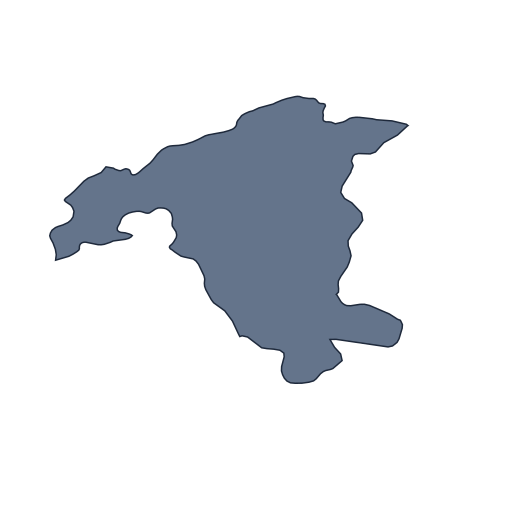 outline of Loja, rotated 249°
{"feature_id": "ECU-1268", "entity_name": "Loja", "entity_type": "Province", "adm_level": 1, "iso_a3": "ECU", "parent_name": "Ecuador", "parent_adm1": "", "projection": "equal_earth", "projection_center": [-79.576, -4.049], "detail": "fine", "context": "isolated", "style": "filled", "palette": "slate", "viewbox_px": 512, "rotation_deg": 249, "n_neighbors": 0, "source": "natural_earth", "source_scale": "10m", "svg_char_len": 3480}
<svg xmlns="http://www.w3.org/2000/svg" viewBox="0 0 512 512"><g transform="rotate(249 256 256)"><path d="M155.4,247.2L159.5,244.5L162.7,239.1L165.6,233.0L168.3,228.4L183.4,219.1L186.5,214.4L186.6,212.0L189.5,211.7L203.7,210.7L216.0,207.2L227.5,199.7L231.3,198.6L242.5,197.1L246.1,197.2L249.0,198.0L252.9,199.9L256.2,200.4L268.9,199.4L272.8,198.2L275.8,196.3L280.8,188.6L282.8,185.9L288.7,181.7L291.6,180.0L293.4,178.6L295.1,178.3L296.1,178.9L297.5,182.4L298.7,184.3L301.8,188.2L304.1,189.5L307.3,190.0L314.0,188.6L316.5,189.3L320.2,191.3L322.5,191.9L326.1,192.2L329.7,190.9L332.2,189.1L333.7,187.1L335.1,184.2L335.9,181.8L335.9,179.1L334.4,172.1L334.7,170.4L335.6,168.6L338.6,164.8L339.5,163.2L340.5,160.5L341.3,156.6L341.7,152.5L341.3,148.8L340.4,145.9L339.1,143.8L337.8,142.5L335.4,140.5L333.2,137.7L331.8,136.4L329.7,135.8L328.0,136.6L326.6,138.1L324.5,142.2L322.1,145.4L320.6,147.0L319.4,147.8L318.5,146.0L318.1,143.4L318.4,140.0L321.2,128.1L321.0,124.6L321.3,118.5L322.0,115.4L323.2,112.5L329.8,102.2L330.4,100.7L330.7,99.1L330.6,97.7L330.0,96.1L328.9,95.0L327.5,94.2L326.1,93.7L325.0,92.7L324.2,90.3L323.3,85.7L322.8,81.2L323.9,67.4L328.8,70.0L334.1,71.1L340.9,71.2L346.2,70.5L348.8,70.7L351.1,72.3L353.2,74.9L354.4,78.9L354.5,81.8L354.2,86.8L354.6,92.5L355.8,96.0L358.1,99.3L363.0,102.1L366.9,102.1L369.9,101.3L375.2,97.6L376.9,97.2L378.1,98.8L379.6,104.0L381.6,109.4L387.5,122.2L388.9,127.3L388.9,133.4L389.4,141.4L393.0,147.9L389.1,154.4L387.6,155.4L384.9,158.6L384.1,160.3L384.3,164.1L384.1,165.8L383.1,167.3L382.3,168.2L381.2,168.8L379.2,168.9L378.1,168.8L377.1,169.0L376.1,169.7L375.5,171.0L375.2,172.8L375.6,175.2L376.2,177.3L378.0,181.9L380.7,190.5L382.7,194.4L386.4,200.4L388.7,205.8L389.2,208.3L389.7,212.6L389.5,215.0L388.7,218.0L386.9,223.7L385.7,229.4L385.2,237.6L385.5,243.7L386.4,251.6L386.1,255.4L383.3,270.1L382.8,275.6L382.8,279.5L383.2,281.3L383.8,282.7L384.3,283.5L384.9,284.3L385.7,284.9L387.6,286.0L388.5,286.9L389.4,288.1L390.0,289.3L392.2,292.9L392.6,294.9L392.9,297.1L393.1,301.5L392.7,304.9L393.2,311.8L391.7,326.6L392.0,329.5L392.2,336.0L391.9,341.4L390.7,349.9L390.2,351.9L389.3,353.8L386.9,356.7L384.0,362.0L382.5,366.0L381.3,367.5L379.6,368.4L377.9,368.9L376.3,369.6L375.2,370.9L374.2,373.3L373.0,374.7L371.2,374.6L369.6,372.7L367.5,370.7L365.9,369.8L363.3,369.3L361.1,368.1L359.0,367.4L357.6,367.8L356.2,369.3L355.0,372.3L353.9,374.3L351.0,377.4L349.9,385.1L350.0,388.0L350.9,392.7L350.6,395.5L349.7,399.0L348.4,402.2L342.4,413.8L340.0,417.4L333.4,431.4L325.1,443.6L323.3,444.6L323.3,444.3L318.2,431.4L316.0,415.9L310.3,404.8L310.4,399.2L314.9,388.5L315.4,384.6L314.3,382.2L310.4,379.1L305.7,379.1L304.5,378.3L301.7,375.5L300.2,374.5L290.4,361.5L285.0,357.9L278.0,359.2L271.3,364.5L258.3,369.9L251.1,368.4L246.3,361.7L242.2,353.5L237.3,347.4L232.2,345.7L227.2,345.6L222.1,344.8L216.9,340.9L213.0,337.2L206.7,328.0L203.2,324.0L199.8,322.4L195.9,321.4L192.7,320.0L191.4,317.2L190.9,317.5L183.0,318.9L180.8,319.8L178.8,321.2L177.2,322.9L175.6,326.6L173.6,335.8L172.1,339.9L169.1,344.3L154.1,359.7L146.2,365.5L144.3,367.7L142.8,367.9L139.4,368.1L136.1,366.5L127.4,359.8L124.8,356.7L123.1,351.2L123.8,346.7L149.5,300.9L151.6,295.1L142.6,296.6L134.2,299.9L127.5,298.9L123.4,287.4L123.4,284.9L124.1,280.0L124.0,277.5L123.0,274.1L119.8,268.2L118.8,265.0L119.2,260.2L120.8,253.4L123.1,247.1L125.2,242.8L128.1,240.1L131.7,238.7L135.6,238.3L139.6,238.6L143.6,240.3L151.8,246.2L155.4,247.2Z" fill="#64748b" stroke="#1e293b" stroke-width="1.5"/></g></svg>